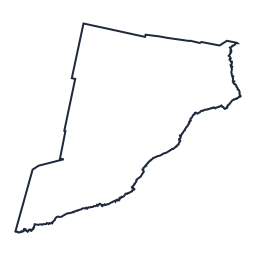 Iriondo, Santa Fe, Argentina (orthographic projection)
{"feature_id": "61730980B62800099035851", "entity_name": "Iriondo", "entity_type": "district", "adm_level": 2, "iso_a3": "ARG", "parent_name": "Argentina", "parent_adm1": "Santa Fe", "projection": "orthographic", "projection_center": [-61.163, -32.744], "detail": "fine", "context": "isolated", "style": "outline", "palette": "slate", "viewbox_px": 256, "rotation_deg": 0, "n_neighbors": 0, "source": "geoboundaries", "source_scale": "gbopen_adm2", "svg_char_len": 5862}
<svg xmlns="http://www.w3.org/2000/svg" viewBox="0 0 256 256"><path d="M236.9,42.8L226.9,40.8L219.6,45.5L201.4,42.0L199.8,43.0L190.1,40.7L189.4,41.0L166.8,37.8L159.3,36.4L145.6,34.7L145.1,36.9L83.5,23.5L71.8,78.2L75.2,78.9L64.3,130.8L65.4,131.1L60.0,158.6L63.7,159.3L38.6,165.7L32.6,169.6L15.4,231.5L15.9,231.8L16.7,231.9L17.5,231.7L18.3,232.5L18.9,232.2L19.7,232.4L20.4,232.3L21.4,231.2L21.7,231.2L21.8,231.4L21.8,231.8L22.0,231.9L23.5,231.1L24.0,230.2L24.6,229.8L24.7,229.4L24.6,229.2L24.1,229.4L23.9,229.3L24.1,229.0L24.5,228.9L25.4,229.1L25.7,229.4L25.7,230.6L25.9,230.7L27.0,230.8L27.7,231.7L28.2,231.3L28.4,230.4L28.7,230.3L29.4,229.5L30.3,229.5L30.6,230.0L30.7,230.6L31.2,230.9L31.7,230.5L31.5,229.8L31.6,229.7L32.9,229.4L33.2,229.2L33.3,228.8L33.2,228.0L34.0,227.7L34.1,227.4L33.9,226.9L34.6,225.2L34.5,224.4L34.6,224.2L38.5,224.9L39.6,224.4L41.2,224.3L42.0,224.8L43.6,224.0L45.2,224.2L46.5,223.9L46.7,223.6L46.7,223.2L46.9,223.0L47.4,223.3L48.0,223.3L48.7,224.0L49.6,223.1L50.6,223.5L51.6,222.9L52.2,223.3L52.4,223.0L52.2,222.3L52.3,222.1L53.0,221.9L54.1,220.6L54.8,220.1L54.8,219.4L55.0,219.0L56.5,217.1L57.7,216.6L58.1,216.6L58.3,216.8L58.8,216.9L61.8,216.7L62.7,216.0L63.1,215.6L64.5,215.0L65.4,214.3L66.0,214.1L67.2,213.4L68.6,213.4L69.1,213.0L71.3,212.8L72.0,212.4L72.3,212.4L73.0,211.9L73.7,212.2L74.1,211.5L75.3,211.4L76.8,210.5L77.7,210.8L78.7,210.0L81.4,209.3L82.7,208.3L85.2,208.4L86.0,207.7L86.3,207.7L86.6,208.0L86.7,208.5L87.1,208.7L87.8,207.8L88.5,207.4L89.9,207.5L90.6,207.0L92.7,207.0L93.9,206.1L95.8,206.1L96.7,205.6L97.0,205.0L97.8,205.7L98.1,204.8L98.9,204.5L99.4,203.9L99.9,203.7L101.6,205.2L101.9,206.0L102.2,206.2L102.4,206.0L102.1,205.2L102.2,204.9L102.5,204.9L103.1,205.4L104.2,204.9L104.4,204.6L104.7,205.0L105.0,205.1L105.2,204.9L105.9,204.9L106.4,204.3L107.1,204.4L107.6,204.2L108.5,204.2L110.8,202.7L111.8,202.2L112.2,202.2L113.2,201.5L114.9,200.9L115.2,201.3L115.3,200.6L115.5,200.5L116.2,200.6L116.5,200.0L117.0,199.7L117.3,199.7L117.4,200.4L117.6,200.6L118.7,200.1L119.2,200.2L119.3,199.4L119.8,198.9L119.4,198.2L119.6,197.9L120.1,198.2L120.4,197.9L121.1,197.8L121.3,197.6L121.2,197.1L121.7,196.7L122.2,197.0L122.7,197.0L124.0,196.1L124.6,195.4L125.3,194.0L125.5,193.8L126.0,193.6L127.0,193.9L127.5,193.2L128.8,193.2L129.1,192.7L132.1,191.3L132.0,190.9L132.2,190.4L133.4,189.7L134.3,189.6L134.4,189.4L134.3,188.9L134.1,188.8L133.6,189.0L133.4,188.9L133.2,188.1L132.8,188.1L132.2,187.8L131.8,187.5L131.8,187.2L132.6,186.9L132.8,186.1L133.4,185.7L134.1,184.8L134.0,184.3L134.7,184.0L135.3,182.8L135.9,182.1L136.0,181.5L136.4,181.2L136.4,179.9L137.0,179.6L137.3,179.0L140.9,176.4L141.0,176.0L141.3,175.6L142.3,173.8L142.8,173.3L143.1,172.7L143.8,171.8L143.8,171.4L143.3,170.9L143.3,170.4L142.6,169.9L142.5,169.5L143.3,169.3L143.5,167.8L144.0,167.6L145.0,166.3L145.5,166.3L145.6,165.7L146.2,165.6L146.0,165.0L146.3,164.8L147.4,163.5L147.8,163.3L147.8,162.8L148.3,162.7L148.9,161.6L150.2,160.8L150.6,160.1L151.0,160.1L151.2,159.8L151.5,159.7L151.8,159.3L152.5,158.9L152.9,158.2L153.3,157.9L154.5,157.7L155.3,157.1L156.1,157.0L156.8,156.4L159.7,155.7L160.5,155.2L161.3,155.0L162.9,153.8L164.1,153.4L164.5,153.1L165.1,153.1L166.1,152.8L167.4,152.0L168.1,151.7L168.7,151.1L169.6,150.8L170.6,149.9L171.2,149.8L172.0,149.0L173.1,149.0L173.4,148.5L174.3,148.1L175.0,147.4L175.7,147.1L175.9,146.5L176.6,146.4L176.9,145.5L177.7,145.3L178.1,144.6L178.7,144.3L178.8,144.0L178.7,143.7L179.0,142.8L180.3,141.0L180.0,140.6L179.9,140.1L179.2,140.1L179.1,139.0L180.5,138.1L180.9,136.4L180.2,136.2L179.8,135.8L179.8,135.6L180.0,135.4L180.6,135.5L181.6,134.6L181.9,134.3L181.9,133.7L183.0,132.6L184.0,130.8L184.9,130.3L185.0,129.4L185.6,128.2L186.2,127.6L186.6,126.6L187.2,126.5L187.7,125.7L187.8,125.2L188.6,124.2L188.7,123.6L189.1,123.5L189.4,122.6L189.1,122.2L189.1,121.8L190.6,120.8L190.2,120.4L190.6,119.6L190.4,119.1L190.4,118.8L191.9,117.5L193.2,114.9L193.7,114.8L194.7,114.2L194.6,113.3L194.7,113.0L195.7,112.6L196.0,112.9L197.7,113.6L198.5,112.8L198.9,112.8L200.1,112.1L200.3,111.7L201.1,110.9L201.9,110.7L202.6,111.0L203.1,110.4L203.5,110.4L204.6,110.0L205.1,109.6L206.1,109.7L207.1,109.6L207.6,109.4L207.9,109.1L208.3,109.2L208.9,109.0L209.3,109.0L209.7,108.6L210.4,108.6L211.0,108.2L211.5,108.3L211.9,108.0L212.3,108.0L212.9,107.6L213.4,107.9L213.9,107.5L214.1,107.8L214.7,107.9L215.3,108.3L215.9,107.7L216.5,107.7L216.9,107.3L218.5,107.1L218.7,106.8L219.2,106.8L219.4,106.5L220.3,106.2L221.5,105.5L221.8,105.8L222.2,106.8L222.9,106.9L223.5,107.3L223.7,107.8L223.9,108.1L224.3,108.2L224.7,108.9L225.0,108.9L225.3,108.5L226.1,108.4L226.4,107.9L227.1,107.9L227.3,107.6L227.0,106.9L227.4,106.6L227.7,105.3L228.9,104.7L229.3,103.9L229.9,103.6L230.3,102.8L230.8,102.4L231.8,100.9L232.3,100.4L233.3,100.0L233.6,99.4L233.8,99.3L234.3,99.6L234.8,99.2L235.3,99.1L236.0,98.7L236.5,98.9L236.8,98.7L236.8,98.2L237.5,98.1L238.2,97.7L239.2,96.6L239.8,96.9L240.6,96.3L240.6,95.9L239.9,95.2L239.7,94.2L239.4,93.7L239.7,92.7L239.5,92.3L239.5,91.6L238.9,90.3L238.6,89.8L237.6,89.3L237.8,88.8L237.6,88.1L237.0,87.3L236.4,86.8L236.4,85.9L236.1,85.3L235.4,84.4L234.9,84.5L234.6,84.3L234.5,83.8L233.9,83.6L233.1,82.3L233.1,82.0L234.0,81.7L234.2,81.4L232.9,80.9L233.2,80.4L232.9,79.3L233.0,78.2L232.7,77.7L233.2,76.9L233.2,76.4L232.9,76.0L232.2,76.1L231.7,74.6L231.8,73.7L231.5,73.1L231.3,72.2L231.9,69.6L231.8,68.6L231.4,67.7L231.3,67.2L232.1,67.1L232.3,66.7L231.4,65.8L230.7,65.6L230.5,65.2L231.7,64.1L232.0,62.1L231.9,61.8L231.2,62.1L231.0,61.9L230.8,61.2L229.5,59.7L229.7,59.0L230.6,58.7L230.8,58.4L230.4,57.9L230.1,57.0L229.8,56.5L228.7,55.8L230.7,53.1L230.4,52.3L231.2,52.0L231.3,51.5L231.3,50.7L230.5,50.4L230.6,50.1L231.0,49.5L231.0,49.2L229.9,47.6L230.2,47.4L230.8,47.4L231.4,46.8L232.3,46.4L232.4,45.7L232.6,45.6L234.3,45.2L234.7,44.8L235.0,44.1L235.7,43.6L235.9,43.2L237.4,43.2L236.9,42.8Z" fill="none" stroke="#1e293b" stroke-width="2"/></svg>